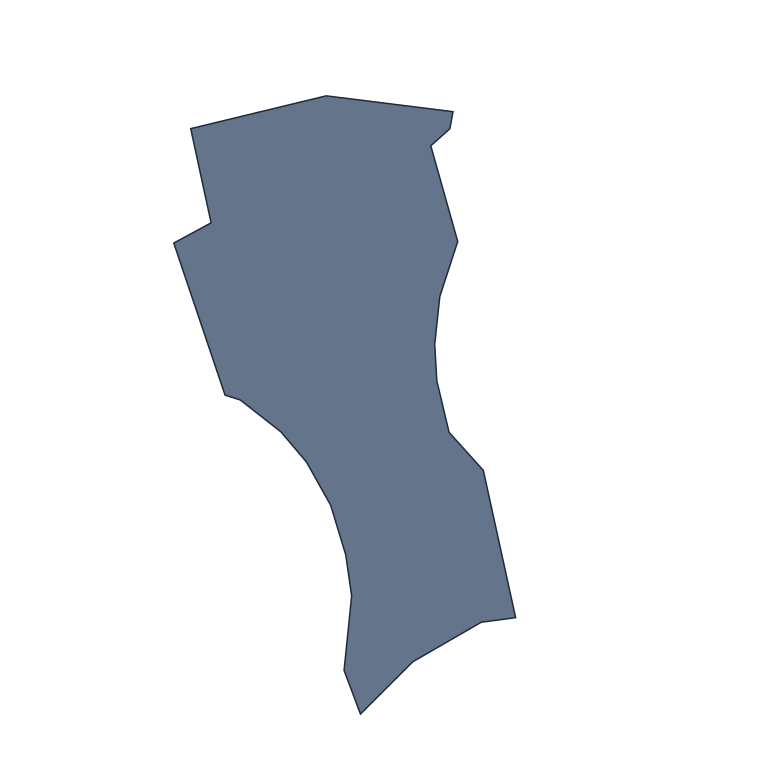 outline of Houston, Tennessee, United States of America, rotated 251°
{"feature_id": "52423323B25005829455001", "entity_name": "Houston", "entity_type": "district", "adm_level": 2, "iso_a3": "USA", "parent_name": "United States of America", "parent_adm1": "Tennessee", "projection": "mercator", "projection_center": [-87.736, 36.273], "detail": "fine", "context": "isolated", "style": "filled", "palette": "slate", "viewbox_px": 768, "rotation_deg": 251, "n_neighbors": 0, "source": "geoboundaries", "source_scale": "gbopen_adm2", "svg_char_len": 494}
<svg xmlns="http://www.w3.org/2000/svg" viewBox="0 0 768 768"><g transform="rotate(251 384 384)"><path d="M585.7,231.1L425.2,230.1L415.7,242.9L372.2,271.0L335.4,285.3L286.7,294.1L234.9,292.2L194.1,284.4L126.2,253.0L79.6,254.3L112.0,320.8L127.1,398.4L120.2,432.4L270.0,449.8L317.1,429.8L369.8,435.0L405.1,444.9L448.6,465.3L494.7,500.1L594.0,505.8L603.9,529.4L619.0,537.9L675.3,423.1L688.4,284.4L665.9,281.7L592.7,273.0L585.7,231.1Z" fill="#64748b" stroke="#1e293b" stroke-width="1.5"/></g></svg>